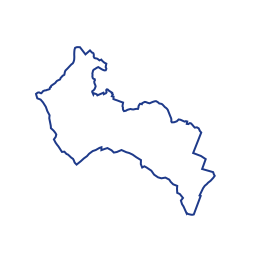 Gombak, Selangor, Malaysia, rotated 201°
{"feature_id": "92858781B84445266980229", "entity_name": "Gombak", "entity_type": "district", "adm_level": 2, "iso_a3": "MYS", "parent_name": "Malaysia", "parent_adm1": "Selangor", "projection": "mercator", "projection_center": [101.678, 3.275], "detail": "fine", "context": "isolated", "style": "outline", "palette": "blue", "viewbox_px": 256, "rotation_deg": 201, "n_neighbors": 0, "source": "geoboundaries", "source_scale": "gbopen_adm2", "svg_char_len": 3493}
<svg xmlns="http://www.w3.org/2000/svg" viewBox="0 0 256 256"><g transform="rotate(201 128 128)"><path d="M58.0,150.0L60.0,151.1L60.7,151.9L61.9,153.0L63.9,153.3L65.8,152.3L67.1,152.9L68.1,153.5L69.6,154.3L71.0,154.9L72.1,154.7L72.5,154.2L73.0,153.3L74.6,152.9L74.8,153.8L75.0,155.3L76.5,155.1L77.2,154.3L78.7,154.3L80.2,154.4L81.9,154.5L83.8,154.1L84.8,151.8L85.9,150.8L87.0,149.9L88.1,149.4L89.1,149.0L89.9,149.6L90.4,151.1L91.1,152.4L92.9,154.3L97.4,159.2L98.5,159.9L99.7,160.4L101.0,160.7L102.8,161.6L104.5,162.4L105.6,162.5L107.6,162.1L109.4,162.8L111.3,163.1L112.3,162.7L113.3,162.0L114.5,161.0L115.7,159.8L116.7,158.8L118.4,158.6L120.8,158.6L121.8,158.3L123.6,156.3L123.6,155.2L124.3,155.2L125.5,154.9L125.9,153.2L126.0,152.1L125.6,151.0L125.5,149.4L127.2,148.8L128.3,148.1L129.7,147.2L131.1,146.8L132.4,146.7L133.8,145.7L135.1,144.7L136.2,143.3L137.8,142.3L138.8,143.0L139.6,144.0L140.1,145.4L141.0,146.4L141.7,150.0L144.6,149.9L146.8,149.9L148.3,149.9L150.1,149.8L152.0,149.8L152.7,152.1L154.4,151.9L154.2,154.0L155.4,154.4L155.4,155.2L157.7,155.7L159.3,156.0L160.4,156.6L161.5,156.6L161.9,156.0L161.7,155.0L161.2,154.4L160.8,153.6L161.1,152.5L162.0,151.7L162.7,150.9L163.6,152.1L168.3,147.5L169.4,148.3L172.2,148.2L172.3,146.8L173.7,148.2L174.4,148.9L174.5,149.6L173.8,150.6L173.3,151.8L173.1,152.8L173.1,154.3L173.1,155.2L173.7,156.1L174.6,157.0L175.6,158.1L176.2,159.4L176.0,160.7L176.5,161.6L178.0,161.6L178.9,162.1L179.8,163.5L180.1,164.8L180.8,166.1L181.1,168.4L181.2,169.3L180.7,170.4L179.7,171.6L178.9,172.8L177.6,174.2L173.9,173.5L172.6,173.3L170.7,173.3L169.5,173.9L169.4,174.7L169.5,175.7L170.7,176.9L171.3,180.3L173.3,180.5L174.6,180.9L176.4,181.6L177.4,182.3L178.9,180.9L180.7,181.5L182.0,181.7L183.2,181.4L184.4,181.3L185.6,182.3L186.1,184.0L187.0,185.3L187.8,185.6L188.7,185.5L191.3,186.8L194.1,181.5L201.8,186.2L203.0,185.8L204.8,185.1L206.1,183.9L206.0,182.0L205.4,179.8L204.6,177.5L203.5,174.9L202.7,172.4L202.5,170.3L202.7,168.6L203.7,167.0L204.6,164.8L205.8,161.8L207.0,159.2L207.0,157.5L206.5,154.9L207.2,153.9L207.7,153.5L208.3,151.8L208.8,150.8L208.8,149.7L208.9,148.9L209.7,148.1L210.6,147.2L211.2,146.5L211.7,145.3L211.9,144.3L212.6,143.1L213.4,142.0L214.1,140.9L214.8,140.0L214.8,139.3L214.7,138.5L215.4,137.9L215.3,137.3L215.1,136.3L215.9,135.5L217.1,134.7L218.0,133.8L219.2,133.2L219.9,132.6L220.6,131.8L220.9,130.6L221.4,129.4L222.2,129.2L223.3,129.4L224.1,129.2L224.7,128.9L225.3,128.2L226.1,126.9L225.2,125.6L223.3,123.2L219.8,123.2L216.6,121.5L212.3,118.3L209.3,114.8L205.8,111.8L205.0,108.9L202.8,105.4L200.9,102.4L199.9,100.2L196.6,98.9L194.2,97.5L192.6,96.2L192.3,93.8L193.1,90.8L190.4,88.4L188.0,86.8L186.4,85.9L181.1,82.0L178.9,83.1L176.1,81.7L174.6,81.7L173.0,81.1L170.4,80.0L168.3,79.5L167.1,78.5L165.4,76.6L162.9,75.4L160.2,80.0L158.3,83.8L156.2,87.0L155.1,90.0L152.7,93.8L150.2,95.9L147.5,99.2L145.9,100.5L144.9,97.8L142.4,100.0L140.0,101.9L135.4,101.3L132.4,100.0L129.8,101.6L126.2,105.1L120.9,104.8L117.9,105.1L114.1,104.8L109.8,103.7L104.4,102.7L103.1,98.9L100.6,96.2L99.0,98.1L96.6,97.8L90.9,96.5L86.9,93.8L82.3,92.7L78.8,93.0L75.3,95.1L71.0,94.6L68.8,93.0L65.6,91.6L61.3,91.6L60.5,88.9L58.8,85.1L55.9,84.9L51.6,82.4L52.6,79.2L50.2,76.2L48.0,74.6L42.9,69.5L42.9,69.8L41.3,69.2L37.9,69.7L36.5,70.2L35.6,70.9L35.8,90.6L37.0,90.6L36.3,98.8L35.6,101.6L34.4,103.7L33.6,105.7L32.0,108.3L30.6,111.8L29.9,114.4L31.3,115.6L32.7,117.3L44.1,116.3L44.3,126.8L49.8,128.0L58.2,128.0L58.0,150.0Z" fill="none" stroke="#1e3a8a" stroke-width="2"/></g></svg>